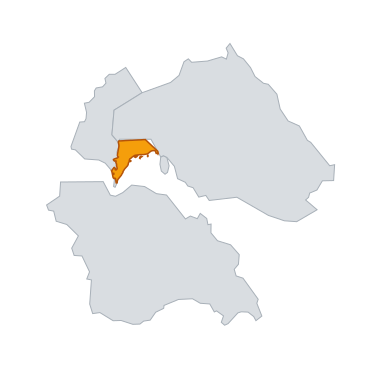 United Arab Emirates highlighted, Robinson projection, rotated 169°
{"feature_id": "ARE", "entity_name": "United Arab Emirates", "entity_type": "country or territory", "adm_level": 0, "iso_a3": "ARE", "parent_name": "Asia", "parent_adm1": "", "projection": "robinson", "projection_center": [54.388, 24.345], "detail": "fine", "context": "with_neighbors", "style": "filled", "palette": "amber", "viewbox_px": 384, "rotation_deg": 169, "n_neighbors": 4, "source": "natural_earth", "source_scale": "50m", "svg_char_len": 4565}
<svg xmlns="http://www.w3.org/2000/svg" viewBox="0 0 384 384"><g transform="rotate(169 192 192)"><path d="M210.1,230.8L209.5,222.1L212.3,215.9L215.1,214.6L218.1,218.4L218.2,225.3L216.0,232.3L213.2,233.1L210.1,230.8Z" fill="#d9dde1" stroke="#a8b0b8" stroke-width="1"/><path d="M255.0,255.0L255.3,250.3L258.2,245.4L258.2,240.5L262.9,238.2L261.0,236.5L261.9,228.8L267.1,228.8L271.7,236.9L277.4,241.2L291.0,244.9L298.4,255.6L302.1,257.1L302.1,259.8L288.8,282.1L284.1,281.5L282.0,284.3L280.3,290.3L280.7,299.7L275.9,299.7L269.5,304.1L268.5,309.9L266.2,312.4L259.7,312.3L255.7,315.3L255.8,320.1L250.8,323.3L245.1,322.2L233.3,326.9L222.0,299.0L252.9,287.2L259.7,263.4L255.0,255.0ZM265.7,219.4L263.7,215.3L266.6,211.3L267.9,212.3L265.7,219.4Z" fill="#d9dde1" stroke="#a8b0b8" stroke-width="1"/><path d="M188.0,169.4L182.6,163.2L182.6,156.9L179.4,156.9L181.2,148.3L176.3,139.3L164.2,132.8L157.6,121.5L160.2,112.2L165.3,108.1L164.7,101.2L158.4,97.7L147.5,74.1L149.6,70.4L147.1,56.9L153.8,53.5L155.2,58.0L159.9,63.4L166.5,65.0L170.0,64.6L181.7,55.9L185.4,55.0L188.1,58.5L184.7,64.4L190.6,70.6L193.0,70.0L195.9,78.7L205.1,81.2L211.9,87.1L225.8,89.1L241.1,86.0L242.0,83.2L250.6,80.9L257.5,74.2L264.1,74.5L268.3,72.3L275.3,73.4L286.1,79.4L294.0,80.7L305.4,91.2L312.7,91.6L313.8,101.5L307.5,124.9L311.9,126.7L307.8,133.2L312.2,150.2L319.8,152.2L320.8,159.8L311.9,170.6L321.1,184.0L330.9,189.2L331.4,199.6L336.3,201.6L337.2,207.0L322.7,213.2L319.1,226.9L277.2,219.1L272.8,204.5L267.9,202.4L260.1,204.6L249.9,210.3L237.5,206.4L227.3,197.2L217.6,193.9L203.6,166.8L198.2,168.7L191.9,164.8L188.0,169.4Z" fill="#d9dde1" stroke="#a8b0b8" stroke-width="1"/><path d="M50.8,176.2L61.9,178.1L69.0,170.1L76.7,168.5L78.6,164.5L82.0,162.5L72.6,150.7L94.9,142.9L106.8,146.1L121.4,154.4L149.0,178.3L176.7,180.4L179.1,186.0L186.3,185.7L190.1,196.0L195.0,198.7L196.7,202.8L203.6,207.8L204.4,220.6L210.1,230.8L213.2,233.1L216.0,232.3L222.2,251.6L252.9,257.6L255.0,255.0L259.7,263.4L252.9,287.2L222.0,299.0L192.2,303.6L182.5,308.9L175.0,321.4L170.2,323.4L167.6,319.4L151.8,317.6L137.1,319.0L132.9,315.9L130.0,321.7L131.0,326.7L126.4,330.5L121.4,317.1L116.1,312.9L110.8,302.9L108.1,293.3L101.1,285.1L96.6,283.2L90.0,271.8L89.6,256.6L84.1,243.4L74.0,236.3L68.9,220.7L66.0,218.1L51.8,191.5L46.8,191.6L50.8,176.2Z" fill="#d9dde1" stroke="#a8b0b8" stroke-width="1"/><path d="M266.0,220.1L266.7,221.1L266.8,227.6L267.0,228.1L266.6,228.2L266.2,228.7L265.8,229.4L265.1,229.8L264.6,230.3L264.1,230.8L263.7,231.0L263.1,230.3L262.7,229.5L262.8,229.4L263.1,229.3L263.2,229.0L263.0,228.4L262.6,228.2L262.2,228.2L261.7,228.4L261.2,228.9L260.9,229.4L260.9,230.5L261.0,231.6L261.0,232.2L260.8,232.9L260.7,233.9L260.9,234.7L261.0,235.2L261.1,235.6L260.6,236.8L261.0,237.1L262.3,237.2L262.7,238.0L263.0,238.6L262.9,239.0L262.0,239.2L260.8,239.5L260.0,239.4L258.4,239.8L257.6,240.4L257.9,240.8L258.1,241.1L258.3,241.9L258.0,243.0L257.6,244.1L257.1,245.4L256.5,247.0L255.6,249.3L254.9,251.2L254.8,252.5L254.8,253.4L254.8,255.1L254.1,256.0L253.9,256.1L253.1,256.0L252.8,255.9L252.1,255.8L250.9,255.6L249.3,255.4L247.4,255.2L245.4,254.9L243.2,254.6L240.9,254.2L238.6,253.9L236.4,253.6L234.3,253.3L232.5,253.0L230.9,252.8L229.7,252.7L229.0,252.5L228.7,252.5L227.8,252.4L227.4,251.7L226.8,251.0L226.2,250.2L225.7,249.4L225.1,248.6L224.6,247.9L224.0,247.1L223.4,246.3L222.9,245.5L222.3,244.7L221.8,244.0L221.2,243.2L220.6,242.4L220.1,241.6L219.5,240.9L219.0,240.1L218.4,239.3L218.0,238.8L217.8,238.2L217.8,236.7L217.8,236.3L218.2,235.7L218.4,236.2L218.8,236.8L219.5,236.6L219.8,236.7L220.1,238.8L220.6,239.6L221.2,239.9L223.4,240.1L224.8,239.8L227.4,238.4L228.8,237.9L232.7,238.0L235.8,238.6L240.6,238.9L241.5,238.8L244.1,237.7L245.7,236.7L246.7,236.4L247.3,235.5L247.7,234.2L248.1,233.4L248.6,233.0L249.0,232.4L249.4,231.2L250.2,230.1L253.8,227.4L255.9,225.1L256.1,224.3L257.2,223.2L258.1,222.0L262.4,218.4L263.2,217.0L263.7,215.4L263.8,215.3L264.2,215.2L264.7,215.4L264.7,216.6L264.6,217.8L264.5,219.0L264.5,219.7L264.9,220.2L265.5,220.4L265.8,220.4L266.0,220.1ZM265.9,225.1L265.9,224.6L265.8,224.3L265.4,224.3L265.2,224.7L265.2,225.3L265.5,225.4L265.9,225.1ZM241.9,237.6L241.9,238.0L240.9,237.9L240.6,238.1L239.7,238.0L238.9,237.7L239.5,237.2L240.9,236.7L241.5,237.2L241.9,237.6ZM235.8,236.7L235.1,236.7L234.4,236.3L235.8,235.7L236.2,235.4L236.6,234.8L237.0,235.3L236.6,236.1L236.3,236.4L235.8,236.7ZM247.4,234.5L247.0,234.7L246.3,234.5L246.0,234.1L246.5,233.7L247.0,234.1L247.4,234.5ZM228.5,236.3L228.3,236.4L228.2,235.7L228.6,235.3L228.9,235.8L228.5,236.3Z" fill="#f59e0b" stroke="#b45309" stroke-width="1.5"/></g></svg>